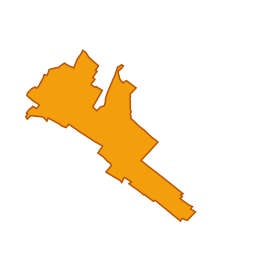 Chankom, Yucatán, Mexico, rotated 304°
{"feature_id": "50627088B93169403456480", "entity_name": "Chankom", "entity_type": "district", "adm_level": 2, "iso_a3": "MEX", "parent_name": "Mexico", "parent_adm1": "Yucatán", "projection": "equal_earth", "projection_center": [-88.544, 20.463], "detail": "fine", "context": "isolated", "style": "filled", "palette": "amber", "viewbox_px": 256, "rotation_deg": 304, "n_neighbors": 0, "source": "geoboundaries", "source_scale": "gbopen_adm2", "svg_char_len": 5259}
<svg xmlns="http://www.w3.org/2000/svg" viewBox="0 0 256 256"><g transform="rotate(304 128 128)"><path d="M146.4,39.2L145.0,38.5L143.1,37.7L141.9,37.3L141.3,37.1L141.0,37.1L140.5,36.9L139.8,36.6L139.1,36.5L138.9,35.9L137.9,35.0L135.5,32.6L134.7,31.9L133.5,30.9L132.3,30.0L127.8,31.2L126.2,31.4L125.5,28.7L123.3,29.2L122.7,29.7L114.7,30.3L113.7,30.7L109.8,30.1L110.0,27.9L106.5,26.1L101.1,25.1L100.6,25.3L98.4,25.9L98.3,26.4L98.3,26.7L98.2,27.6L98.1,28.2L97.9,28.7L97.9,29.1L97.8,29.7L97.8,30.2L97.8,30.5L97.7,31.4L97.7,31.7L97.6,32.0L97.6,32.3L97.5,33.2L97.5,33.7L97.5,34.5L97.5,35.0L97.5,35.4L97.5,35.7L97.5,37.0L97.5,37.4L97.5,37.6L97.5,37.9L97.5,38.1L97.5,38.3L97.6,39.0L97.6,39.3L97.6,39.6L97.5,39.8L97.5,40.1L97.5,40.4L97.4,40.7L97.4,41.0L97.3,41.8L97.2,41.8L96.8,41.7L96.4,41.6L95.9,41.6L95.6,41.5L95.2,41.5L94.5,41.4L93.8,41.2L93.6,41.2L93.4,41.2L93.1,41.1L92.9,41.1L92.9,40.3L92.9,39.4L92.9,39.1L92.9,38.9L92.9,38.6L92.9,38.2L92.9,37.9L92.8,36.9L90.6,36.7L88.6,35.8L88.2,35.7L83.5,35.5L83.5,37.0L80.2,37.0L79.8,37.7L79.4,38.5L79.2,39.2L79.1,39.6L83.8,40.4L88.2,48.7L89.1,50.3L89.5,52.0L88.4,56.9L91.6,56.2L92.4,64.3L92.9,68.2L92.6,71.7L93.6,76.4L95.9,76.8L96.8,76.7L97.9,76.8L97.9,77.8L97.9,78.1L98.0,79.1L98.0,79.5L98.0,80.3L98.0,81.2L98.0,82.3L98.0,83.0L98.0,83.5L98.0,83.9L98.0,84.3L98.0,84.7L98.0,85.1L97.9,87.0L97.9,87.8L97.9,88.5L97.8,88.9L97.8,89.8L97.8,91.0L97.8,91.7L97.8,91.9L97.8,92.8L97.9,93.5L97.9,94.3L97.9,94.9L97.9,95.1L98.0,96.0L98.0,96.5L98.0,97.0L98.0,97.4L98.0,98.0L98.0,98.7L98.0,101.3L98.1,101.8L98.1,102.4L98.1,103.3L98.1,104.1L98.1,105.5L98.1,106.5L98.1,106.9L98.2,108.4L98.2,109.0L98.3,110.0L98.4,111.6L98.5,112.8L98.6,113.8L98.6,114.8L98.7,115.2L98.9,117.0L90.4,117.0L90.3,123.3L88.9,129.3L88.6,133.6L87.4,135.2L79.2,134.3L79.2,134.5L79.2,134.9L79.2,135.3L79.2,135.5L79.2,135.8L79.2,136.3L79.2,136.6L79.2,136.9L79.3,137.3L79.3,137.6L79.3,137.9L79.3,138.4L79.3,138.8L79.4,139.1L79.4,140.1L79.5,140.8L79.5,141.4L79.5,141.7L79.6,142.7L79.6,143.1L79.6,143.5L79.7,143.8L79.7,144.1L79.7,144.4L79.7,144.7L79.7,145.2L79.8,145.8L79.8,146.7L79.8,147.1L79.9,147.4L79.9,147.9L79.9,148.7L80.0,148.8L80.0,149.5L80.0,150.5L80.0,151.0L79.9,151.5L79.8,151.8L79.7,152.3L79.4,152.9L79.3,153.3L84.9,152.5L85.3,160.9L82.3,159.9L82.0,164.8L82.1,170.1L81.4,178.6L82.0,178.8L81.8,180.7L81.4,190.0L83.2,190.9L82.0,204.0L81.5,209.3L80.2,223.6L81.1,223.2L83.3,223.5L84.4,228.7L96.1,230.9L96.0,225.1L98.9,225.4L98.4,222.6L98.2,221.4L98.6,210.6L101.5,211.5L102.0,209.1L102.9,209.6L103.2,209.8L103.5,210.0L104.3,210.4L104.9,203.3L105.0,202.3L106.3,186.3L107.7,164.8L108.4,156.9L119.8,158.8L133.1,160.7L133.7,152.4L134.3,148.1L135.2,143.8L135.7,136.2L137.7,124.5L139.5,123.8L140.9,122.0L142.4,121.7L142.9,121.6L143.3,121.5L144.2,120.2L145.0,119.5L145.7,118.9L146.2,118.5L147.9,117.3L148.6,116.9L149.7,115.9L150.1,115.8L150.8,115.5L153.1,113.4L155.3,112.4L156.0,112.0L156.9,110.9L164.4,112.1L165.8,112.3L166.4,100.3L164.7,99.3L162.6,98.7L163.0,97.1L163.1,96.5L163.5,94.9L164.3,93.5L164.6,93.0L165.2,92.4L165.7,91.9L167.5,89.9L169.3,88.2L169.5,88.2L174.0,89.3L175.5,89.5L176.9,89.5L176.8,87.2L174.6,86.5L173.0,85.4L172.7,85.4L172.2,85.8L170.7,85.7L169.6,86.3L166.2,87.0L163.8,87.9L162.6,88.2L160.9,88.2L160.5,88.4L158.8,88.6L158.1,88.8L154.1,89.6L153.3,89.7L153.2,89.7L152.6,89.8L152.2,89.9L150.4,90.3L147.3,90.9L146.4,91.1L145.4,91.3L143.6,91.7L140.9,92.6L140.3,93.0L139.8,93.0L139.1,93.2L138.3,93.8L137.2,94.6L133.5,95.8L132.6,95.5L129.9,93.3L124.9,92.6L125.1,91.2L125.2,90.2L125.4,88.8L125.5,87.6L125.6,87.1L135.1,86.4L144.8,85.7L144.6,81.2L144.6,80.3L144.5,79.7L144.5,78.4L143.4,78.4L143.3,73.3L144.2,73.0L145.1,72.8L146.8,73.1L147.7,73.4L148.6,73.3L149.9,73.3L150.0,72.7L150.0,71.0L150.0,70.7L151.1,70.6L153.5,70.6L155.3,70.6L157.7,70.7L157.6,69.1L157.6,68.8L159.9,68.7L160.4,68.7L160.9,68.7L161.0,68.7L161.9,68.7L162.0,68.8L162.8,68.8L163.1,68.8L163.2,67.9L163.3,67.0L163.4,66.1L163.4,65.8L163.4,65.5L163.5,65.2L163.6,64.7L163.6,64.2L163.7,63.7L163.7,63.2L163.8,62.6L163.8,62.3L163.8,62.1L163.8,61.8L164.0,61.3L164.1,60.8L164.1,60.5L164.1,60.3L164.2,60.1L164.1,59.9L164.2,59.6L164.3,59.3L164.4,58.7L164.5,58.4L164.5,58.0L164.6,57.8L164.6,57.3L164.7,56.9L164.6,56.3L164.6,56.1L164.7,55.9L164.9,55.6L165.0,55.5L165.2,55.0L165.2,54.8L165.4,54.5L165.5,54.4L165.6,54.1L165.8,53.7L165.9,53.4L166.0,53.2L166.2,52.9L166.3,52.6L166.5,52.2L166.6,51.9L166.8,51.3L166.9,51.0L166.9,50.6L167.0,50.4L167.0,50.0L167.0,49.5L167.0,49.0L167.0,48.8L167.0,48.6L167.0,48.3L167.1,47.6L167.2,47.3L167.2,47.1L166.9,47.1L166.6,47.1L166.3,47.2L166.1,47.2L165.9,47.3L165.6,47.3L165.4,47.3L165.0,47.4L164.6,47.4L164.4,47.4L164.1,47.5L163.8,47.5L163.5,47.6L163.2,47.6L162.9,47.6L162.7,47.6L162.4,47.6L161.6,47.5L161.3,47.5L161.1,47.5L160.9,47.5L160.5,47.5L160.2,47.5L159.8,47.5L159.6,47.5L159.4,47.5L159.0,47.5L158.7,47.5L158.3,47.4L158.0,47.5L157.8,47.5L157.5,47.5L157.2,47.4L156.8,47.4L156.6,47.5L156.4,47.5L155.2,47.7L154.0,47.9L153.3,48.2L147.5,49.4L147.5,49.2L147.4,48.2L147.3,47.7L147.2,47.1L147.0,46.8L147.0,46.5L146.9,46.1L146.8,45.9L146.7,45.3L146.6,45.0L146.4,44.1L146.4,43.9L146.3,42.9L146.3,42.4L146.2,42.4L146.2,42.1L146.2,41.9L146.2,41.7L146.2,41.4L146.2,41.1L146.3,40.9L146.3,40.7L146.4,40.1L146.4,39.2Z" fill="#f59e0b" stroke="#b45309" stroke-width="1.5"/></g></svg>